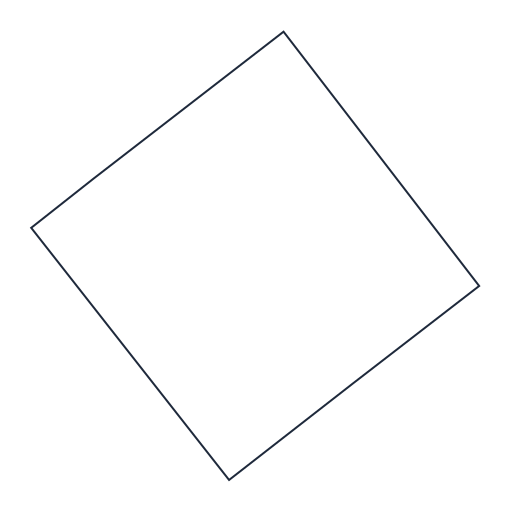 outline of Carroll, Iowa, United States of America, rotated 142°
{"feature_id": "52423323B39741133504454", "entity_name": "Carroll", "entity_type": "district", "adm_level": 2, "iso_a3": "USA", "parent_name": "United States of America", "parent_adm1": "Iowa", "projection": "orthographic", "projection_center": [-94.81, 42.036], "detail": "fine", "context": "isolated", "style": "outline", "palette": "slate", "viewbox_px": 512, "rotation_deg": 142, "n_neighbors": 0, "source": "geoboundaries", "source_scale": "gbopen_adm2", "svg_char_len": 244}
<svg xmlns="http://www.w3.org/2000/svg" viewBox="0 0 512 512"><g transform="rotate(142 256 256)"><path d="M415.1,96.1L257.8,95.9L98.6,95.0L96.2,415.8L335.8,417.0L415.8,416.6L415.1,96.1Z" fill="none" stroke="#1e293b" stroke-width="2"/></g></svg>